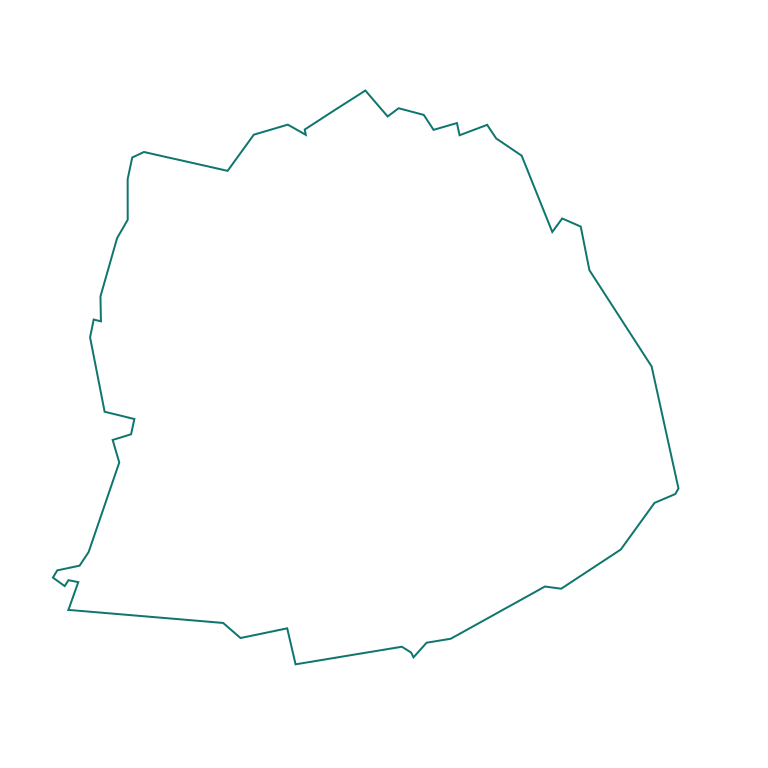 Cumberland, Tennessee, United States of America, rotated 7°
{"feature_id": "52423323B38317111384008", "entity_name": "Cumberland", "entity_type": "district", "adm_level": 2, "iso_a3": "USA", "parent_name": "United States of America", "parent_adm1": "Tennessee", "projection": "equal_earth", "projection_center": [-85.048, 35.958], "detail": "fine", "context": "isolated", "style": "outline", "palette": "teal", "viewbox_px": 768, "rotation_deg": 7, "n_neighbors": 0, "source": "geoboundaries", "source_scale": "gbopen_adm2", "svg_char_len": 873}
<svg xmlns="http://www.w3.org/2000/svg" viewBox="0 0 768 768"><g transform="rotate(7 384 384)"><path d="M454.8,114.2L428.7,127.9L424.6,116.1L402.2,125.7L390.7,112.1L364.9,108.5L355.0,118.0L329.7,95.0L301.7,118.1L274.3,141.1L276.0,146.2L256.9,138.3L224.4,152.4L202.8,191.5L117.4,183.0L106.5,189.9L104.6,211.9L109.6,252.2L101.3,271.8L91.9,331.6L95.4,356.3L88.0,355.4L86.6,373.6L110.1,445.6L140.5,449.2L139.1,464.7L121.5,472.6L130.8,494.2L111.3,586.8L104.0,601.4L82.4,608.8L79.0,616.5L91.7,623.5L94.7,617.2L104.7,617.9L98.7,644.9L98.2,646.7L253.5,640.8L272.5,653.6L317.7,638.3L330.4,673.0L433.7,642.6L443.6,647.2L446.6,651.7L457.8,635.6L481.3,628.7L568.4,565.4L584.8,565.6L639.2,519.4L667.0,469.0L686.5,457.7L689.0,451.8L647.5,334.0L574.0,246.0L560.1,203.8L540.7,198.0L532.5,212.6L492.8,140.6L465.4,126.6L454.8,114.2Z" fill="none" stroke="#0f766e" stroke-width="2"/></g></svg>